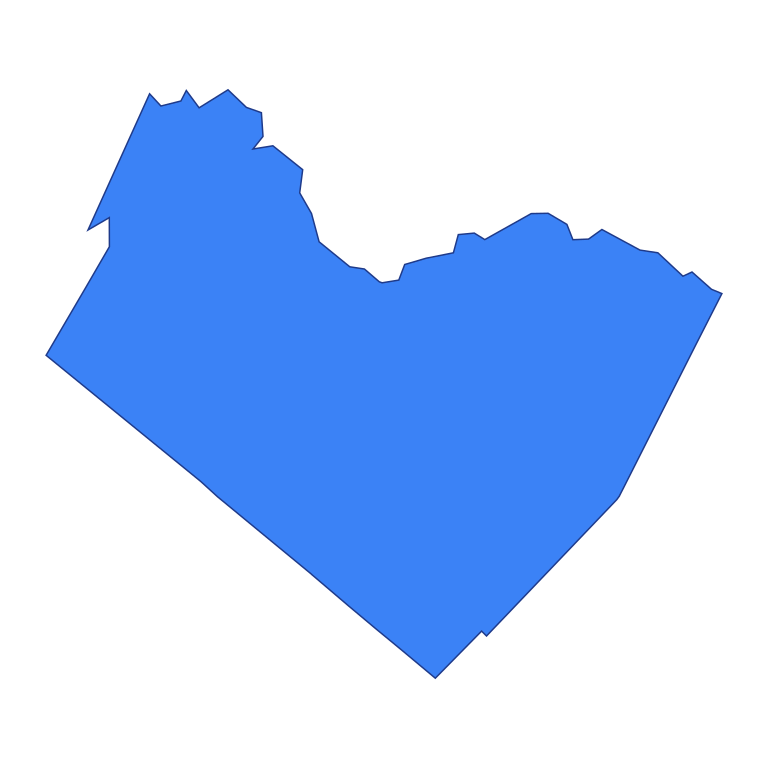 Travis, Texas, United States of America
{"feature_id": "52423323B39349585413380", "entity_name": "Travis", "entity_type": "district", "adm_level": 2, "iso_a3": "USA", "parent_name": "United States of America", "parent_adm1": "Texas", "projection": "mercator", "projection_center": [-97.765, 30.326], "detail": "fine", "context": "isolated", "style": "filled", "palette": "blue", "viewbox_px": 768, "rotation_deg": 0, "n_neighbors": 0, "source": "geoboundaries", "source_scale": "gbopen_adm2", "svg_char_len": 833}
<svg xmlns="http://www.w3.org/2000/svg" viewBox="0 0 768 768"><path d="M46.1,355.3L200.8,481.5L217.7,496.9L311.7,574.4L311.7,574.5L348.9,606.2L375.5,628.5L400.6,649.2L435.3,678.2L481.6,631.1L486.5,636.0L616.8,499.6L619.5,495.9L619.5,495.7L623.7,487.5L696.2,344.0L721.9,293.6L711.5,289.3L692.0,272.0L682.9,276.2L657.9,252.8L640.0,250.1L601.9,229.5L588.5,239.1L572.9,239.7L566.9,224.4L548.1,213.3L531.2,213.6L484.8,239.6L474.3,233.1L458.3,234.6L453.4,252.8L426.2,258.2L404.7,264.5L398.8,280.1L382.1,282.8L379.3,281.8L364.4,269.0L349.8,266.8L319.1,241.8L311.5,213.5L299.7,192.9L302.7,169.7L272.9,145.8L253.0,149.0L263.0,136.4L261.4,112.7L246.4,107.4L228.0,89.8L199.1,107.8L186.3,90.5L180.9,101.0L160.9,106.0L149.6,93.8L88.0,230.0L109.3,217.6L109.4,246.7L86.0,287.1L46.1,355.3Z" fill="#3b82f6" stroke="#1e3a8a" stroke-width="1.5"/></svg>